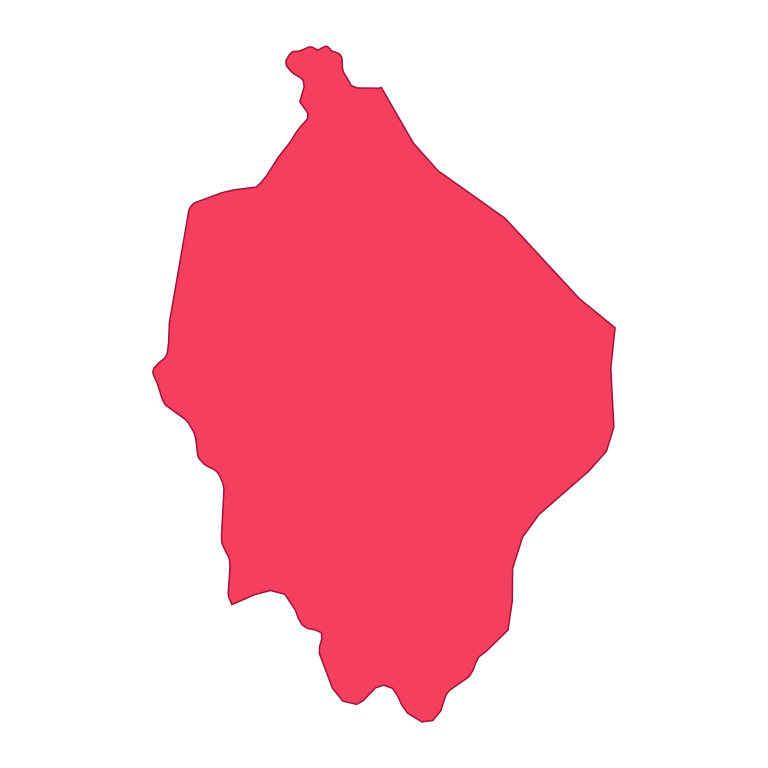 an SVG outline of Narathiwat
{"feature_id": "THA-493", "entity_name": "Narathiwat", "entity_type": "Province", "adm_level": 1, "iso_a3": "THA", "parent_name": "Thailand", "parent_adm1": "", "projection": "robinson", "projection_center": [101.624, 6.183], "detail": "fine", "context": "isolated", "style": "filled", "palette": "rose", "viewbox_px": 768, "rotation_deg": 0, "n_neighbors": 0, "source": "natural_earth", "source_scale": "10m", "svg_char_len": 1878}
<svg xmlns="http://www.w3.org/2000/svg" viewBox="0 0 768 768"><path d="M615.1,327.8L610.8,367.9L613.9,427.1L606.4,451.3L588.6,471.3L539.1,514.4L522.6,537.1L512.6,568.5L512.3,600.9L508.0,630.0L486.2,651.4L478.8,656.9L475.5,663.3L473.2,670.0L469.1,676.7L449.5,690.3L446.0,694.9L440.7,711.0L432.8,720.5L421.9,721.9L407.6,713.2L401.8,705.1L397.6,695.9L392.4,688.3L383.5,685.2L375.5,687.9L364.0,699.9L363.3,700.6L356.7,704.4L342.8,701.1L332.4,688.1L319.3,653.4L319.6,646.6L321.7,639.0L321.5,632.8L315.1,629.9L307.3,628.4L302.1,624.8L298.5,618.8L295.4,610.2L284.9,594.3L270.5,590.5L255.0,594.5L231.9,604.6L229.0,597.9L228.4,595.3L228.2,592.2L230.0,567.2L229.6,561.2L228.8,557.1L226.4,553.1L222.3,544.3L221.7,541.9L221.5,535.6L224.0,489.0L222.9,483.5L220.0,476.6L217.6,472.6L215.8,470.9L214.1,469.6L207.5,466.3L203.7,463.8L199.2,458.8L198.0,456.5L197.5,453.7L195.8,438.7L194.3,433.6L193.4,431.4L188.6,423.2L185.6,419.7L166.5,405.9L165.1,404.5L164.0,402.7L161.9,398.2L157.3,383.4L153.1,374.1L152.9,371.2L154.2,367.9L159.0,362.7L164.6,358.1L166.2,355.7L167.4,352.4L168.6,342.7L169.4,322.5L188.9,210.1L189.8,208.0L191.6,205.4L194.5,202.8L221.8,192.7L234.3,189.8L256.1,187.1L260.5,183.1L266.5,175.8L278.5,156.9L290.2,142.1L295.8,132.9L300.2,127.0L306.2,120.4L307.5,118.4L307.8,113.1L299.8,101.8L304.2,86.4L303.7,83.6L303.0,80.2L301.3,78.6L299.6,77.2L294.7,74.4L291.5,71.9L286.8,66.4L285.9,63.0L286.1,60.1L289.6,54.5L290.6,53.3L291.7,52.3L293.5,51.5L298.3,51.2L300.7,50.5L308.9,47.0L311.5,47.0L313.8,47.9L315.7,49.1L317.5,49.8L319.3,49.5L321.0,48.3L326.1,46.1L328.1,47.1L329.8,48.6L331.1,50.5L333.2,51.5L335.6,52.1L337.7,53.0L339.7,54.2L341.2,56.2L342.0,58.6L342.5,68.0L343.0,70.9L344.0,73.2L346.5,76.9L351.1,85.3L354.8,87.1L358.1,88.0L379.4,88.2L381.3,87.4L413.5,143.3L438.0,170.7L505.1,218.3L579.6,298.9L614.9,327.6L615.1,327.8Z" fill="#f43f5e" stroke="#9f1239" stroke-width="1.5"/></svg>